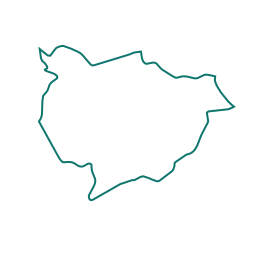 SVG path tracing the border of Kairouan, rotated 280°
{"feature_id": "TUN-118", "entity_name": "Kairouan", "entity_type": "Governorate", "adm_level": 1, "iso_a3": "TUN", "parent_name": "Tunisia", "parent_adm1": "", "projection": "robinson", "projection_center": [9.864, 35.574], "detail": "fine", "context": "isolated", "style": "outline", "palette": "teal", "viewbox_px": 256, "rotation_deg": 280, "n_neighbors": 0, "source": "natural_earth", "source_scale": "10m", "svg_char_len": 2166}
<svg xmlns="http://www.w3.org/2000/svg" viewBox="0 0 256 256"><g transform="rotate(280 128 128)"><path d="M190.5,27.3L185.6,36.1L185.6,38.8L193.9,43.1L194.7,43.9L195.6,45.1L196.9,47.6L197.4,48.9L197.6,50.1L196.2,58.4L194.5,65.0L193.5,67.8L193.2,68.4L191.6,70.9L184.5,79.6L183.7,81.0L183.5,81.7L183.5,82.4L183.9,83.7L201.0,117.3L202.5,119.4L203.6,121.6L205.5,127.5L198.9,129.7L196.0,131.6L195.0,132.9L194.6,133.8L194.4,134.7L194.5,135.4L196.8,141.3L196.9,142.7L196.8,144.0L196.1,145.3L193.0,149.1L191.3,151.8L186.7,163.1L186.1,165.2L185.8,166.6L186.0,167.3L186.5,168.6L187.7,171.1L188.2,172.3L188.5,173.6L188.9,176.6L188.9,178.4L188.5,183.3L188.5,185.0L188.5,185.4L188.6,186.0L189.0,187.2L189.7,188.5L193.3,193.6L193.9,194.9L194.1,195.6L194.3,198.0L194.0,204.9L190.3,205.2L188.4,206.0L185.2,208.0L179.3,213.2L171.5,222.1L168.6,226.5L167.4,228.7L164.6,224.8L163.8,223.3L158.5,205.0L157.6,203.6L156.7,203.0L149.2,205.6L148.6,205.8L147.8,205.7L147.1,205.6L133.7,201.4L122.6,199.2L118.4,197.6L117.0,196.8L115.8,196.0L114.4,194.5L113.8,193.9L113.5,193.3L112.2,190.7L111.8,190.0L102.5,180.5L101.6,180.1L100.7,180.0L100.0,180.2L98.6,180.3L97.0,180.2L94.3,179.6L93.3,179.0L82.0,168.6L81.3,167.8L80.9,167.0L80.7,166.4L80.6,165.9L80.6,165.3L81.6,159.9L82.2,157.7L83.0,152.1L83.0,151.5L83.0,150.9L81.8,148.6L77.8,143.4L77.5,141.8L77.4,141.2L71.4,130.1L51.3,105.9L51.0,105.3L50.7,104.6L50.5,103.9L50.8,103.1L51.4,102.3L53.0,101.5L54.1,101.3L55.1,101.3L65.6,104.7L67.4,105.0L69.0,105.1L70.6,104.9L72.2,104.4L78.5,100.5L81.3,99.3L85.1,98.5L85.7,98.1L86.2,97.4L86.2,95.8L85.9,94.8L85.4,94.1L84.5,93.1L83.3,91.7L82.4,90.3L82.2,89.8L82.0,89.3L81.9,88.7L81.8,87.5L82.0,86.0L84.2,80.4L84.3,79.7L84.5,78.2L84.4,76.6L84.2,75.1L83.1,70.9L83.1,70.2L83.1,69.4L84.2,67.8L86.2,65.6L118.9,39.2L122.1,40.4L123.5,40.7L126.5,40.9L139.8,39.0L145.1,38.9L149.8,41.7L151.2,42.3L157.1,43.3L157.9,43.7L159.2,44.4L160.3,45.3L164.3,49.2L165.0,49.6L165.9,49.5L166.9,49.0L168.0,47.1L168.5,45.9L168.8,44.8L169.8,38.5L170.2,36.8L170.6,36.2L171.0,36.0L171.6,36.6L172.7,37.9L173.6,38.0L174.7,37.5L176.9,35.4L177.8,34.2L179.1,31.9L181.6,30.2L190.5,27.3Z" fill="none" stroke="#0f766e" stroke-width="2"/></g></svg>